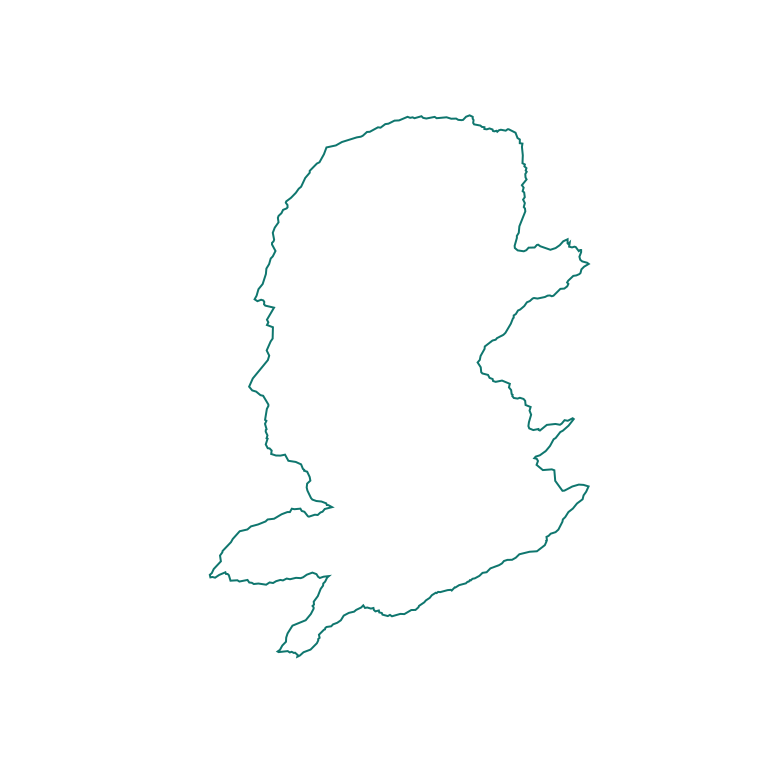 Chitagà, Norte de Santander, Colombia (Equal Earth projection), rotated 234°
{"feature_id": "7082276B34318906622646", "entity_name": "Chitagà", "entity_type": "district", "adm_level": 2, "iso_a3": "COL", "parent_name": "Colombia", "parent_adm1": "Norte de Santander", "projection": "equal_earth", "projection_center": [-72.568, 7.068], "detail": "fine", "context": "isolated", "style": "outline", "palette": "teal", "viewbox_px": 768, "rotation_deg": 234, "n_neighbors": 0, "source": "geoboundaries", "source_scale": "gbopen_adm2", "svg_char_len": 6166}
<svg xmlns="http://www.w3.org/2000/svg" viewBox="0 0 768 768"><g transform="rotate(234 384 384)"><path d="M609.2,476.5L605.2,470.5L601.3,462.1L601.8,459.3L600.1,449.2L598.6,448.1L597.0,441.4L592.3,432.9L592.1,429.8L590.5,425.1L589.3,418.2L589.2,412.2L588.4,411.1L585.5,411.1L583.6,409.8L583.3,408.4L584.2,404.7L582.5,401.5L582.0,397.6L580.8,395.8L576.8,393.7L574.7,387.5L571.7,382.9L565.3,379.9L564.3,378.4L564.0,376.4L562.7,375.4L555.4,374.4L552.6,369.0L552.1,366.1L548.5,361.5L546.5,356.7L542.4,353.1L536.2,344.6L534.5,338.2L530.3,332.8L528.6,329.1L525.4,330.3L524.4,334.1L522.5,335.5L520.8,335.4L519.0,333.8L517.2,334.0L510.4,339.9L504.8,327.1L501.9,326.7L500.5,324.0L495.2,327.5L486.2,320.6L485.1,317.4L480.1,308.8L474.4,307.8L471.6,304.1L465.6,281.1L461.1,273.3L456.3,273.6L453.0,276.1L447.6,277.5L445.5,279.3L435.4,278.4L434.2,277.6L432.7,274.6L424.9,266.7L423.3,267.2L421.7,264.3L416.4,262.4L416.3,261.4L415.0,260.3L410.9,259.5L409.1,257.1L408.2,257.7L404.6,252.8L400.4,252.2L399.1,253.6L396.2,254.0L393.7,251.6L389.6,254.6L386.9,258.2L385.0,262.4L378.1,261.5L372.8,266.8L367.7,269.7L363.0,268.5L361.4,269.0L360.8,268.4L358.2,270.3L352.4,269.2L349.1,267.6L348.6,263.3L345.7,260.6L342.8,259.4L334.6,257.9L332.6,258.1L329.1,260.5L325.7,264.3L321.4,267.1L319.7,266.6L318.7,267.8L314.9,269.6L317.7,262.6L316.8,259.2L317.4,257.1L317.0,253.4L318.9,251.2L320.8,245.3L321.7,244.7L327.4,244.5L329.7,242.8L332.3,243.1L335.3,238.0L337.3,236.1L335.7,232.6L337.2,230.5L338.8,224.6L339.6,215.9L342.8,210.2L342.4,207.4L344.4,199.5L347.0,192.7L346.6,188.0L349.7,180.7L347.5,170.5L346.0,167.3L343.8,155.3L342.8,154.2L341.6,150.5L336.4,147.8L334.4,137.5L332.2,133.5L332.0,130.9L329.6,129.9L328.7,131.8L326.6,133.5L326.4,138.5L324.9,145.0L323.3,144.5L322.2,145.8L320.5,146.1L315.1,144.2L311.4,150.0L309.2,150.9L305.7,158.4L302.6,158.3L300.9,160.2L298.7,161.1L296.4,165.1L290.9,170.7L290.7,174.8L288.2,177.3L287.9,180.8L286.4,185.0L284.5,186.8L283.8,190.9L281.3,193.2L278.9,198.9L275.9,202.5L275.2,204.9L275.1,209.5L273.5,215.2L269.9,217.6L266.7,217.4L264.8,218.1L263.6,221.9L261.0,226.5L260.8,224.2L258.7,220.2L258.3,217.6L256.7,216.2L255.5,212.4L251.3,205.8L249.2,199.2L246.7,197.7L246.4,195.7L244.7,195.8L243.6,195.0L240.9,189.6L238.9,181.8L242.3,167.9L238.9,159.4L236.3,155.8L233.1,153.2L232.2,148.0L230.1,143.6L230.1,140.7L229.0,141.2L224.5,149.1L222.2,150.0L221.6,151.9L219.4,153.0L218.9,154.1L215.4,154.9L214.3,153.6L213.8,156.4L214.3,161.2L212.3,168.5L213.7,177.3L215.2,180.1L216.3,180.8L216.5,182.7L219.4,184.0L220.5,190.9L220.2,192.0L221.1,193.1L221.2,194.7L219.0,198.9L219.5,201.5L218.3,205.8L218.2,210.2L220.3,215.3L219.5,221.0L217.4,226.0L217.6,228.7L216.6,234.2L217.1,237.1L214.0,237.0L213.0,239.1L210.0,241.4L209.0,243.8L207.2,243.0L205.1,243.4L203.8,246.7L202.0,245.9L200.1,247.6L198.3,247.2L194.0,250.7L193.7,253.1L191.4,253.9L188.4,262.1L185.9,265.2L185.1,273.2L182.7,276.7L183.1,280.6L183.9,281.9L183.7,288.2L184.3,290.7L184.1,295.3L185.0,298.5L184.7,303.2L183.9,303.7L184.0,305.6L182.6,307.1L179.9,314.2L178.2,317.1L177.1,317.4L177.9,321.7L177.4,322.1L177.1,326.6L174.6,333.1L174.9,335.3L174.3,336.3L174.8,338.3L174.1,338.7L174.4,341.1L173.4,343.2L172.7,348.4L173.3,352.7L171.4,356.4L172.3,361.7L169.8,370.7L169.5,374.0L170.3,377.0L169.2,380.4L166.5,384.3L166.0,388.5L166.7,393.4L162.7,403.2L158.8,409.4L159.1,419.4L161.1,422.9L161.8,423.0L161.9,424.0L164.8,425.6L164.4,427.9L164.9,430.9L163.3,435.7L163.7,439.5L167.7,447.4L169.3,449.1L169.8,452.4L172.0,457.9L172.2,463.6L173.9,469.9L174.0,476.9L176.6,480.0L178.0,484.2L180.9,489.3L185.1,486.1L188.1,482.5L190.4,476.1L191.7,467.3L192.7,465.6L205.0,465.6L214.1,471.1L216.3,469.6L221.0,461.9L228.9,459.9L231.2,463.3L233.7,463.6L235.6,462.0L236.1,464.0L234.7,468.2L234.7,475.6L236.3,481.9L239.6,488.8L239.4,491.1L241.5,498.4L241.1,501.2L241.8,508.8L244.1,516.9L245.4,516.5L246.2,511.1L248.6,508.8L247.5,504.5L247.6,502.4L250.9,499.2L255.2,491.7L254.7,482.8L255.9,482.1L256.8,482.5L259.0,477.7L262.7,475.4L265.1,476.1L267.9,478.8L272.7,485.0L276.9,486.1L279.2,489.1L283.8,486.2L287.4,488.3L289.9,488.1L293.0,485.8L293.7,483.5L296.4,480.8L298.9,480.7L299.6,481.7L300.9,481.4L304.4,483.3L307.8,483.1L310.2,485.9L317.4,481.5L320.1,475.6L322.3,474.0L324.2,474.8L326.9,473.0L330.2,473.5L334.7,469.8L336.4,469.6L340.7,472.1L346.4,472.4L347.2,475.7L349.9,478.6L353.3,486.0L355.1,487.6L355.4,497.3L354.2,500.4L354.7,502.4L353.6,509.5L354.0,512.3L358.2,522.0L361.3,526.9L361.4,527.9L363.2,529.2L363.1,531.8L364.7,535.6L364.2,537.9L364.6,543.3L366.1,547.6L365.4,550.7L365.8,554.5L365.4,555.9L362.9,558.4L359.8,565.3L359.3,568.3L358.1,570.3L356.4,571.3L355.8,573.0L357.3,582.6L355.2,586.0L355.3,589.6L356.6,592.0L358.5,591.8L359.3,593.8L360.2,600.7L358.8,603.4L358.1,606.6L358.3,608.2L360.7,611.1L361.3,614.8L360.8,620.2L362.7,619.6L366.7,616.4L369.2,615.8L372.1,616.9L374.8,621.0L376.5,622.2L377.1,621.5L377.0,619.7L382.1,619.6L383.2,618.7L384.0,616.4L386.3,614.5L389.3,617.4L388.9,615.4L389.9,615.2L393.2,617.6L394.1,612.9L393.0,607.8L393.1,602.7L394.8,597.5L403.6,591.4L406.1,590.6L406.6,589.4L405.9,586.1L409.3,581.1L408.6,577.8L409.2,575.1L413.5,570.7L417.1,569.8L419.0,570.9L424.1,577.4L425.7,578.5L427.1,581.9L432.0,586.2L440.6,599.8L443.1,601.2L445.0,601.1L447.6,604.3L451.4,604.9L452.4,607.7L456.6,610.0L458.5,609.5L460.8,612.4L463.8,612.4L465.7,619.6L467.9,619.9L470.8,621.7L471.8,624.2L473.4,624.1L474.9,626.1L477.6,625.5L478.8,627.0L481.2,625.8L487.4,630.7L494.8,635.0L497.1,637.3L499.0,635.4L502.0,637.6L504.5,636.6L510.0,638.1L516.8,634.6L517.4,633.8L517.4,631.4L521.0,628.0L521.7,626.2L521.5,623.9L522.7,623.9L523.6,621.7L524.7,620.9L526.1,621.4L528.7,619.6L529.6,616.9L531.3,615.1L532.7,616.2L534.5,614.3L536.4,613.9L541.1,609.5L542.8,609.6L544.9,611.6L546.5,611.7L548.0,612.8L551.0,611.2L552.0,607.5L551.2,603.2L551.9,601.8L554.1,599.3L556.3,598.4L559.1,594.3L563.0,591.4L568.1,582.8L570.3,582.0L573.9,574.3L576.3,572.1L578.6,571.7L581.1,564.9L582.9,563.9L584.0,561.6L586.3,560.1L588.4,551.1L590.9,547.3L592.0,540.6L593.5,537.8L593.4,531.9L595.2,530.0L596.4,520.7L597.9,518.4L597.3,512.7L597.7,510.6L599.5,507.0L604.5,492.2L605.3,485.3L609.2,476.5Z" fill="none" stroke="#0f766e" stroke-width="2"/></g></svg>